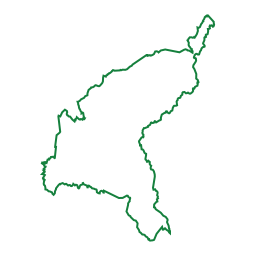 Chichiquila, Puebla, Mexico (Equal Earth projection)
{"feature_id": "50627088B29125905034403", "entity_name": "Chichiquila", "entity_type": "district", "adm_level": 2, "iso_a3": "MEX", "parent_name": "Mexico", "parent_adm1": "Puebla", "projection": "equal_earth", "projection_center": [-97.065, 19.207], "detail": "fine", "context": "isolated", "style": "outline", "palette": "green", "viewbox_px": 256, "rotation_deg": 0, "n_neighbors": 0, "source": "geoboundaries", "source_scale": "gbopen_adm2", "svg_char_len": 5772}
<svg xmlns="http://www.w3.org/2000/svg" viewBox="0 0 256 256"><path d="M207.9,15.4L207.3,15.4L207.0,16.1L206.6,15.7L205.7,16.3L205.6,16.8L204.8,17.1L204.3,18.7L203.0,20.8L203.2,21.3L202.9,21.4L202.1,23.0L201.2,24.0L199.9,27.1L198.5,27.9L197.5,27.5L197.9,30.9L196.9,34.0L195.3,36.7L195.0,36.7L194.6,37.6L194.0,37.2L193.8,37.6L192.5,37.7L191.7,37.3L189.8,37.3L188.4,39.0L188.2,39.8L187.5,40.3L188.8,42.7L188.6,45.0L189.3,46.5L190.0,47.1L191.1,49.0L191.8,49.1L191.9,50.6L192.6,51.2L192.5,52.7L189.2,50.6L187.5,50.4L187.0,49.8L185.5,49.3L184.0,49.8L179.5,52.3L165.2,49.5L160.8,50.5L158.6,52.4L158.3,52.0L156.8,51.3L155.2,51.5L154.0,54.0L152.5,55.0L151.2,55.5L150.9,55.3L150.3,55.6L149.7,55.2L147.6,55.8L147.5,55.0L146.6,55.0L132.5,64.6L131.8,65.7L129.8,66.7L127.1,69.2L125.4,69.8L122.4,69.7L121.5,70.2L120.4,69.9L120.0,70.4L114.5,70.7L113.6,70.2L112.8,70.2L112.5,70.8L112.0,71.0L111.9,71.4L110.4,72.7L109.8,73.1L109.2,73.1L108.8,73.8L107.7,74.2L107.7,74.6L107.1,75.2L106.6,75.2L106.1,75.6L105.8,76.6L103.5,75.7L103.1,77.5L102.9,81.5L102.2,83.1L100.2,85.4L99.4,86.1L98.2,86.1L95.8,85.2L95.0,85.5L94.2,86.4L92.9,87.2L91.1,87.5L91.0,88.0L88.6,89.9L87.5,93.2L87.4,95.3L85.2,96.2L84.1,97.8L81.0,99.4L79.8,100.8L78.1,101.8L77.6,101.8L78.2,103.6L78.2,104.7L78.7,105.4L79.0,107.5L79.4,108.8L79.9,109.2L80.5,110.9L81.5,112.2L81.5,113.4L82.7,112.6L83.2,113.0L83.7,116.4L84.5,117.9L84.4,118.5L84.7,118.5L84.3,119.2L83.2,119.2L82.9,118.8L82.5,119.6L81.8,119.1L81.2,119.3L80.5,119.1L80.0,119.6L79.0,119.2L76.8,117.2L76.6,118.1L75.8,118.9L75.6,119.9L75.0,119.6L74.6,120.3L75.0,120.5L74.6,121.5L72.3,119.5L70.1,116.6L68.6,116.4L68.0,115.5L67.3,115.3L66.8,114.5L66.8,113.3L67.2,112.2L66.9,111.0L64.9,109.7L62.2,112.3L60.3,116.4L58.6,115.7L58.4,116.5L60.2,131.8L59.5,132.8L56.6,135.2L55.1,146.9L56.0,146.9L54.9,157.1L54.5,156.8L54.3,157.8L52.7,156.8L50.9,157.0L50.5,158.0L49.7,158.5L49.4,159.2L48.9,158.9L48.7,159.6L47.6,159.6L46.6,162.8L46.0,162.4L45.6,163.1L44.9,162.1L44.2,162.1L42.7,162.9L42.2,162.6L41.9,163.3L43.5,164.4L43.9,164.3L44.0,165.2L44.7,166.4L45.6,166.6L45.5,167.0L43.7,168.9L44.3,169.4L43.9,169.7L44.4,170.8L44.0,170.8L44.6,171.4L44.5,172.1L43.7,172.3L42.2,174.0L43.0,174.0L43.2,174.3L43.8,174.1L44.9,175.0L42.9,178.1L43.3,179.0L43.7,178.7L44.1,180.0L44.6,180.1L44.0,181.4L43.7,183.9L44.1,185.0L44.6,185.3L45.0,185.9L45.4,187.7L45.4,189.4L47.1,189.8L48.6,191.3L49.8,191.4L52.0,192.4L52.5,193.8L53.6,194.8L54.8,193.3L55.0,191.3L56.0,189.2L56.0,188.4L58.6,185.0L59.7,184.0L60.3,184.3L60.9,183.7L62.7,183.1L64.7,184.4L65.7,183.9L66.3,183.9L68.1,185.5L69.2,185.0L70.2,185.2L70.7,185.9L71.3,186.1L71.9,186.0L73.0,184.7L73.3,183.9L74.9,185.4L75.9,184.7L77.2,185.2L78.0,187.9L78.8,188.4L79.3,187.9L79.8,186.2L80.5,185.1L82.5,184.4L82.9,184.0L82.8,183.1L83.1,183.0L83.7,184.3L86.9,185.6L87.4,187.3L87.8,187.3L88.1,185.7L88.5,185.6L89.3,185.8L90.4,187.0L91.1,187.1L92.0,188.3L94.1,188.7L94.7,189.1L96.4,189.5L96.7,190.0L96.9,192.2L98.4,193.2L99.7,193.4L99.8,192.1L100.6,191.1L101.5,190.8L102.8,191.3L103.3,192.5L103.7,192.6L103.9,190.7L118.9,198.0L122.7,197.9L126.9,195.6L127.8,195.8L128.2,196.8L129.5,197.8L130.1,197.8L130.2,198.1L129.6,200.6L129.7,201.2L128.6,202.5L128.1,203.5L128.1,204.8L126.5,211.5L128.7,215.3L130.3,216.1L130.7,217.1L133.8,220.1L135.8,220.6L137.6,223.3L137.1,227.2L138.9,229.9L139.6,232.1L140.6,232.6L142.3,234.5L143.8,234.6L144.8,235.1L145.7,236.4L147.2,237.2L148.3,238.8L149.1,239.0L149.1,239.6L148.8,239.8L150.0,240.6L152.8,240.3L154.1,239.8L156.6,233.8L162.1,226.9L162.8,229.6L163.5,229.6L165.0,228.3L166.5,229.8L168.5,231.1L169.1,232.4L170.0,233.2L170.0,231.0L169.4,230.1L169.4,228.9L169.0,228.3L168.6,225.6L167.1,222.4L167.1,221.7L167.6,220.2L167.5,219.3L165.7,216.9L163.3,215.7L160.8,212.7L155.7,209.2L155.1,207.6L154.4,207.6L154.0,207.3L154.2,204.4L156.4,201.9L157.4,201.5L156.9,199.3L158.0,198.3L157.6,197.7L157.9,196.5L157.1,195.2L157.6,193.2L157.6,192.4L157.3,191.7L156.4,190.8L155.9,190.8L155.1,189.3L153.5,189.7L153.0,187.8L154.8,176.6L154.7,174.4L153.9,171.4L153.3,170.4L152.8,169.8L151.1,169.4L150.7,168.6L150.7,167.2L151.2,165.8L150.7,165.5L149.7,164.0L149.8,162.0L148.4,160.8L147.8,161.7L147.0,161.8L146.5,160.4L145.6,159.6L145.4,159.0L146.1,155.1L146.1,153.8L145.6,153.7L144.5,152.8L143.5,150.3L142.7,149.5L141.6,149.3L141.1,145.2L140.0,145.4L140.0,144.3L139.2,142.4L139.0,141.2L141.5,137.6L142.5,137.1L143.2,137.3L143.5,136.8L143.0,136.2L143.4,135.5L143.4,134.6L142.6,133.8L142.3,132.8L142.7,131.9L142.6,130.4L143.9,128.1L144.6,128.2L148.1,126.8L148.1,125.9L150.1,124.8L150.9,122.7L151.5,122.5L152.2,123.0L153.8,122.8L154.7,121.2L155.3,121.3L156.1,122.4L159.6,120.3L160.2,120.2L160.9,119.7L160.9,117.6L161.8,114.6L164.5,112.9L165.6,112.7L165.9,111.5L166.8,111.3L167.6,112.5L168.7,113.2L169.2,113.3L169.7,113.0L170.8,111.2L172.3,110.5L172.8,107.9L173.6,106.3L174.1,105.8L176.2,105.7L177.1,105.3L176.6,101.6L177.0,100.7L177.6,100.2L177.7,99.0L178.4,98.1L179.9,97.9L180.4,97.5L180.8,95.9L182.3,94.7L182.4,92.8L182.9,92.2L184.5,92.0L186.0,93.3L187.5,93.0L188.0,92.6L189.4,93.6L190.5,93.6L192.4,92.1L193.1,90.9L192.9,88.8L193.2,88.3L194.3,88.6L195.1,86.8L197.4,85.7L197.7,84.1L197.3,83.1L197.5,82.4L198.2,82.6L198.5,82.2L197.7,79.9L196.2,78.6L196.3,74.0L194.4,69.1L193.1,67.1L193.4,65.2L195.5,62.0L196.1,60.7L195.9,58.6L195.5,58.1L194.3,58.1L193.9,57.5L194.1,56.6L195.0,54.7L196.0,53.9L196.9,53.9L198.0,54.6L199.1,54.4L200.1,51.3L201.0,50.3L201.5,48.5L202.7,47.2L204.5,46.7L204.7,46.1L204.6,45.6L203.1,43.6L203.1,43.2L204.4,40.2L204.4,37.6L204.7,37.2L205.2,37.3L206.0,36.9L205.7,35.1L206.0,34.6L207.5,34.3L207.7,33.8L208.2,30.9L207.9,29.0L208.8,29.0L209.9,28.4L209.5,26.5L210.0,25.5L210.8,25.8L211.4,25.3L212.0,25.3L212.9,26.7L213.5,26.4L213.9,25.5L214.1,24.5L213.7,22.9L213.7,21.8L207.9,15.4Z" fill="none" stroke="#15803d" stroke-width="2"/></svg>